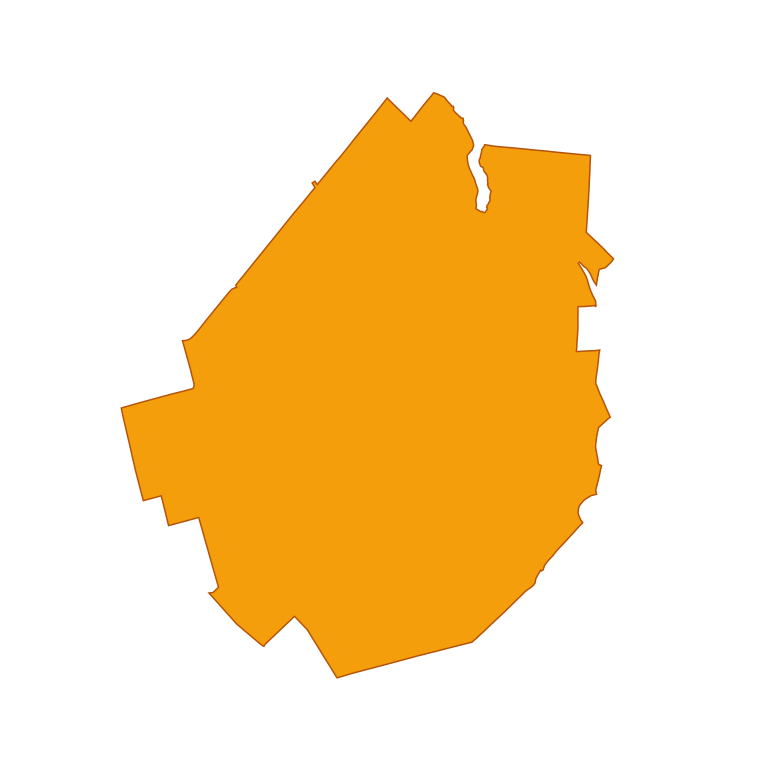 the district of Gradistea, Ilfov, Romania, rotated 73°
{"feature_id": "2599482B24694336767373", "entity_name": "Gradistea", "entity_type": "district", "adm_level": 2, "iso_a3": "ROU", "parent_name": "Romania", "parent_adm1": "Ilfov", "projection": "equal_earth", "projection_center": [26.312, 44.651], "detail": "fine", "context": "isolated", "style": "filled", "palette": "amber", "viewbox_px": 768, "rotation_deg": 73, "n_neighbors": 0, "source": "geoboundaries", "source_scale": "gbopen_adm2", "svg_char_len": 5882}
<svg xmlns="http://www.w3.org/2000/svg" viewBox="0 0 768 768"><g transform="rotate(73 384 384)"><path d="M481.8,177.3L480.5,177.5L477.9,177.8L474.8,178.2L474.0,178.3L467.5,179.0L463.9,179.4L462.2,179.6L457.0,180.4L453.8,180.6L449.5,180.9L446.4,181.2L445.4,181.3L444.5,181.1L442.3,180.3L437.3,178.1L434.4,176.7L433.4,176.2L428.8,174.2L426.7,173.2L424.7,172.3L422.0,171.2L418.1,169.6L416.7,168.9L414.6,167.8L413.8,172.4L412.2,178.3L411.5,181.2L410.9,183.8L409.7,188.7L409.2,190.6L406.4,189.4L402.3,187.9L397.5,186.1L393.9,184.7L389.4,183.0L386.3,181.9L378.6,179.6L373.1,177.8L367.4,176.2L366.8,175.8L368.5,169.6L370.1,162.4L370.4,160.9L370.5,159.4L371.6,159.3L371.5,158.5L370.0,158.2L369.8,158.2L367.5,157.6L366.5,157.5L363.3,157.9L360.6,158.5L357.3,158.8L354.5,159.2L346.5,159.2L343.7,159.1L341.6,159.2L339.1,159.5L333.6,160.7L327.5,162.3L325.2,163.0L325.1,162.7L324.9,162.2L324.6,161.3L325.9,160.6L327.0,160.0L328.9,159.2L330.4,158.2L331.7,157.1L332.9,156.3L338.8,154.5L340.1,154.3L342.1,154.1L345.0,153.8L347.5,153.2L349.9,152.5L350.9,152.1L351.5,152.0L350.7,151.5L349.8,151.2L348.9,150.9L348.0,150.4L347.4,149.9L346.7,149.5L346.1,149.4L345.4,149.1L344.0,148.3L342.3,147.3L340.6,146.5L339.6,145.9L338.4,145.4L337.8,144.8L337.2,143.8L337.4,142.0L337.4,140.3L337.5,138.7L337.1,137.4L336.6,136.4L336.2,135.7L335.4,134.0L335.2,133.7L334.8,132.8L334.6,132.5L333.5,130.5L332.9,129.7L332.2,129.0L331.4,127.9L330.6,128.3L330.3,128.5L329.2,129.1L325.4,131.1L323.5,132.2L316.9,135.5L311.9,138.3L298.2,146.2L297.8,146.1L290.6,143.4L284.2,140.9L283.0,140.5L279.3,139.1L266.6,134.3L254.3,129.8L252.4,129.2L246.2,126.9L237.7,123.9L234.1,122.7L225.8,119.7L222.9,126.7L219.1,136.0L211.7,153.8L209.0,160.0L204.3,171.6L201.4,178.4L195.2,193.4L193.6,197.4L191.4,202.9L188.4,210.0L186.1,214.6L184.9,217.0L184.7,217.9L185.7,218.3L186.5,219.6L187.5,221.0L188.5,221.8L192.1,223.8L195.5,225.8L196.4,226.0L197.0,227.2L198.3,227.7L199.6,228.1L202.3,228.1L204.1,227.8L206.0,226.0L208.4,226.1L209.9,226.1L214.2,224.5L217.1,224.6L220.2,225.7L221.0,225.7L223.0,226.1L223.1,226.6L224.1,226.7L227.0,226.5L230.3,225.4L231.2,225.2L232.7,226.4L234.3,227.2L236.4,228.3L238.4,228.6L240.0,229.3L241.1,230.8L242.4,231.7L243.3,233.2L244.1,233.7L244.8,234.2L245.6,234.0L245.9,233.7L246.4,233.7L247.5,234.8L248.9,236.4L249.5,237.6L249.4,238.2L248.8,238.7L248.4,239.2L247.6,239.9L247.6,240.9L243.5,244.6L243.1,244.8L241.5,243.9L238.9,243.0L236.7,242.8L234.4,242.2L232.5,241.1L229.6,239.2L226.8,237.7L223.8,237.4L221.2,237.7L217.0,237.6L213.8,237.6L210.2,238.3L204.8,239.0L202.5,239.3L198.2,239.3L195.9,239.0L193.2,238.5L190.3,237.9L189.7,237.5L187.4,234.0L185.5,231.0L182.1,228.5L177.4,228.1L173.5,228.7L166.5,229.9L162.4,230.5L159.7,231.5L158.2,231.8L156.9,231.7L155.6,231.0L154.7,231.0L153.6,230.7L152.9,230.7L152.4,231.8L152.2,232.6L151.1,233.0L150.3,233.2L149.6,234.0L146.4,235.7L144.3,236.9L142.6,237.5L141.9,237.5L140.8,236.8L140.1,236.5L139.4,236.6L138.6,236.7L138.4,237.7L138.0,238.1L136.8,238.3L136.5,238.4L133.7,239.9L129.9,241.5L128.9,241.7L126.8,242.9L125.2,244.9L122.6,247.8L120.3,251.0L120.0,251.4L121.9,253.9L123.3,256.0L124.7,258.3L127.7,262.8L129.7,265.8L133.2,270.8L137.5,276.9L140.3,280.9L140.6,281.4L135.2,284.4L119.9,292.8L115.8,295.0L112.7,296.7L112.4,296.9L111.4,297.3L113.1,299.7L119.8,309.3L121.9,312.3L126.4,319.0L140.1,339.3L148.3,351.1L153.5,358.8L158.0,366.0L161.1,370.5L165.3,376.8L168.3,381.3L171.3,385.8L173.8,389.6L169.9,390.7L170.7,393.9L176.0,392.6L181.5,400.9L186.8,408.7L189.3,412.6L193.9,419.7L199.6,428.2L203.0,433.2L205.4,436.7L207.8,440.2L218.4,455.9L225.1,465.8L235.0,480.4L242.9,492.2L246.2,496.9L248.6,496.6L248.4,498.6L248.9,501.8L250.4,504.5L253.0,508.5L256.5,513.8L260.5,519.7L269.6,533.3L271.8,536.5L274.0,539.7L277.3,544.4L280.5,549.3L281.6,551.2L283.0,553.7L284.2,556.6L284.5,560.2L284.3,561.2L283.9,563.0L283.8,563.3L283.6,564.1L285.3,564.1L289.6,564.2L290.5,564.2L293.8,564.3L297.3,564.4L298.2,564.4L298.6,564.4L301.8,564.5L305.4,564.6L312.9,564.8L315.0,564.9L318.9,565.2L324.1,565.4L327.9,565.6L329.3,565.9L330.1,566.1L331.2,566.8L332.0,567.5L332.4,568.3L332.5,568.8L332.3,573.6L332.2,577.7L331.9,583.3L331.5,590.3L331.3,597.2L330.9,609.8L330.5,622.3L330.4,627.2L330.4,627.9L330.4,628.5L330.2,638.4L330.2,642.3L340.5,643.2L362.7,644.7L363.0,644.7L365.0,644.8L393.1,646.9L423.5,648.2L423.8,648.2L425.2,648.3L425.8,629.7L456.4,631.4L457.5,600.2L504.5,601.2L530.0,601.7L532.1,605.9L533.4,608.4L533.0,610.7L532.7,612.5L570.4,595.1L596.0,578.6L599.4,576.1L599.7,575.4L598.5,574.3L596.6,570.8L592.9,563.3L580.0,537.5L596.3,529.3L597.4,529.0L601.2,528.0L605.5,526.9L618.3,523.5L625.1,521.8L630.9,520.2L634.3,519.3L637.7,518.4L645.1,516.5L648.2,515.7L651.3,514.8L651.3,513.3L651.4,506.3L651.4,500.0L651.4,497.9L651.5,496.7L651.5,495.9L651.8,489.9L651.8,488.4L652.6,468.4L652.8,463.7L653.9,430.1L654.1,427.0L655.2,403.2L656.1,385.1L656.4,379.2L656.6,375.4L654.4,370.5L653.0,367.5L651.2,364.1L650.8,363.2L649.9,361.1L648.2,357.8L646.2,353.9L640.0,341.2L638.0,337.1L623.3,308.7L621.0,301.6L619.7,299.4L618.3,297.6L614.8,295.9L611.1,292.3L609.0,289.8L607.8,288.6L608.7,288.2L608.4,286.3L605.9,284.5L604.6,283.6L602.6,281.1L601.1,278.9L599.4,276.0L598.0,273.3L596.0,270.6L594.1,267.8L590.5,261.6L587.0,255.4L585.0,252.1L583.1,248.9L581.7,246.4L579.0,242.0L577.7,239.9L574.8,234.5L571.9,235.5L567.2,236.2L564.2,236.1L560.3,234.6L557.6,232.9L553.7,226.9L552.9,224.9L552.5,223.3L551.3,218.4L551.6,213.0L547.4,212.6L543.4,210.2L541.0,208.7L540.0,208.0L539.0,207.4L533.9,204.5L528.8,201.7L525.7,199.8L524.5,201.1L524.1,201.5L523.8,202.0L523.2,202.2L522.7,202.2L520.3,201.9L517.9,201.5L516.3,201.3L514.6,201.2L512.4,200.9L510.1,200.6L507.2,200.3L506.1,200.1L504.7,199.6L503.4,199.1L501.4,198.2L496.5,196.0L491.8,193.5L490.1,192.5L488.9,191.9L488.3,191.4L487.5,189.7L484.2,182.8L482.9,180.0L482.7,179.6L481.8,177.6L481.8,177.3Z" fill="#f59e0b" stroke="#b45309" stroke-width="1.5"/></g></svg>